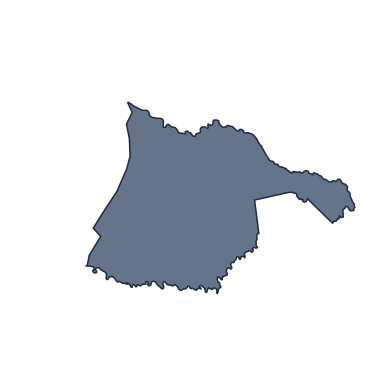 Zu'unburen, Selenge, Mongolia (Robinson projection), rotated 54°
{"feature_id": "93677404B25826466624869", "entity_name": "Zu'unburen", "entity_type": "district", "adm_level": 2, "iso_a3": "MNG", "parent_name": "Mongolia", "parent_adm1": "Selenge", "projection": "robinson", "projection_center": [106.008, 49.971], "detail": "fine", "context": "isolated", "style": "filled", "palette": "slate", "viewbox_px": 384, "rotation_deg": 54, "n_neighbors": 0, "source": "geoboundaries", "source_scale": "gbopen_adm2", "svg_char_len": 6066}
<svg xmlns="http://www.w3.org/2000/svg" viewBox="0 0 384 384"><g transform="rotate(54 192 192)"><path d="M82.0,190.9L82.0,191.5L92.5,193.6L98.5,205.1L112.0,211.3L126.7,221.1L135.3,231.8L147.4,252.4L154.7,272.0L163.2,293.2L174.2,291.9L182.8,312.3L189.6,319.7L189.6,320.9L190.4,320.3L190.9,319.3L193.4,316.8L194.5,315.9L195.1,315.8L196.1,315.9L197.0,316.6L197.3,318.4L197.9,318.9L199.3,318.8L200.3,318.2L201.0,317.3L200.7,316.2L199.8,315.8L198.1,315.7L197.0,315.1L197.1,314.4L198.2,312.3L198.9,311.4L201.2,311.4L203.7,310.4L205.7,309.3L206.9,309.2L208.9,309.9L211.2,312.2L212.2,312.3L213.0,312.1L213.0,310.9L212.1,309.1L212.1,308.7L212.8,307.9L213.0,306.4L213.3,306.2L216.2,305.3L220.1,305.6L221.5,304.6L221.7,303.3L222.9,302.6L224.8,302.0L225.4,301.5L226.3,300.0L227.3,299.3L228.4,298.9L228.4,298.5L227.2,298.0L227.5,297.4L230.7,296.9L233.1,297.2L233.7,296.9L233.8,296.2L232.5,295.0L232.3,294.5L232.4,293.8L233.1,293.3L235.8,293.0L236.0,292.3L235.1,291.1L235.1,290.5L235.5,290.0L236.8,289.6L237.6,289.0L237.5,286.7L238.1,285.8L238.6,284.6L239.4,283.4L237.5,282.3L237.6,281.6L238.5,280.6L239.5,280.5L240.3,280.9L240.3,281.7L240.7,282.1L241.9,282.3L242.7,281.9L243.1,281.0L243.0,279.8L241.6,278.5L241.1,277.5L241.1,276.5L241.5,275.8L242.6,274.7L243.2,274.5L247.2,274.6L249.3,273.9L252.7,273.2L253.1,272.6L253.1,271.5L252.3,270.6L249.2,269.7L248.3,268.4L248.2,267.4L248.6,266.9L249.3,266.6L252.1,266.5L253.0,266.1L254.6,264.3L256.7,262.9L256.9,262.2L256.5,261.1L256.6,260.6L257.3,259.9L260.3,259.4L263.0,259.8L264.4,259.3L265.3,258.5L265.5,256.3L266.7,253.3L266.5,252.3L265.8,251.1L265.9,250.4L266.8,249.8L268.9,250.0L269.5,249.5L270.6,247.8L273.3,247.0L274.1,246.2L274.0,245.5L273.3,244.1L273.4,243.7L273.6,243.4L275.6,241.7L275.3,241.4L272.9,241.7L272.4,241.2L272.6,240.3L273.6,239.1L276.0,238.9L277.0,238.5L277.7,238.5L280.2,239.7L281.2,239.7L281.7,239.2L281.6,238.7L280.0,236.7L279.4,235.4L279.4,235.0L279.8,234.6L281.3,234.0L282.2,233.4L282.7,232.4L282.4,230.9L282.5,230.6L283.4,229.8L284.9,229.3L286.4,229.7L288.0,231.3L288.4,231.4L288.8,231.1L288.7,230.5L286.2,227.4L285.9,226.8L286.0,224.8L285.3,224.1L283.1,224.2L282.4,223.4L281.9,223.0L281.2,223.1L279.9,223.8L279.2,223.7L277.2,222.7L276.3,221.9L276.1,221.3L276.0,220.7L276.5,220.2L280.2,219.9L280.6,219.5L280.6,218.9L278.8,217.9L279.1,217.3L278.5,216.9L279.2,214.6L279.2,213.9L279.7,213.4L279.8,212.4L278.9,211.5L276.7,211.1L276.1,210.7L274.5,208.6L274.7,208.2L274.6,207.1L275.4,206.5L277.3,205.7L277.3,205.3L276.8,204.5L276.2,204.1L273.5,203.4L272.4,202.4L272.3,201.3L273.6,199.8L273.6,199.5L272.9,198.7L272.6,197.1L271.9,195.3L270.8,193.8L270.9,193.0L271.7,192.5L272.8,192.6L274.2,193.1L274.7,192.9L274.8,192.5L273.2,190.0L273.2,189.6L274.1,188.6L276.0,187.9L275.9,187.3L274.8,186.7L273.0,186.3L272.2,184.3L272.2,183.3L273.1,181.8L272.9,180.7L273.0,180.3L274.1,179.4L275.9,179.0L275.9,177.8L275.4,177.1L275.0,176.7L274.3,176.4L273.7,176.5L273.3,176.1L273.0,175.1L273.6,174.3L274.9,173.3L275.3,172.7L275.4,171.7L275.1,171.4L273.4,171.6L272.4,171.3L271.7,170.5L270.6,170.0L269.5,169.0L268.6,167.3L265.5,165.5L264.8,164.4L264.4,163.3L264.8,162.3L235.3,146.1L248.9,114.5L251.2,110.9L251.8,110.8L253.0,110.1L253.6,109.0L254.9,108.5L256.2,109.4L259.8,109.7L261.2,109.3L261.5,109.0L261.4,108.0L262.5,107.6L263.0,106.7L263.8,106.8L263.7,107.4L264.0,107.8L265.7,107.4L266.3,106.8L266.8,105.0L265.9,103.4L265.5,102.4L270.6,101.7L299.7,96.7L299.6,95.9L299.0,94.3L299.9,93.4L300.3,92.7L299.9,91.2L299.2,90.4L300.0,88.9L299.7,88.2L298.6,87.6L298.0,86.9L298.0,86.7L300.4,86.2L300.6,86.0L301.1,84.3L296.0,81.0L295.3,80.4L295.0,79.6L295.0,77.9L294.1,75.9L294.8,75.3L295.7,74.8L298.6,75.2L300.3,74.9L301.0,74.1L302.0,72.0L300.8,71.0L300.3,70.3L300.0,69.2L298.3,68.6L296.8,67.8L294.4,67.9L291.5,67.1L289.4,66.9L287.4,66.0L286.1,65.1L285.2,64.9L284.5,64.9L282.7,65.5L281.4,65.3L279.6,63.4L277.1,63.1L276.6,63.6L275.9,63.4L274.3,64.7L273.0,65.3L269.9,64.8L269.1,64.9L268.5,65.1L268.1,65.6L267.5,66.8L268.0,68.5L267.8,69.5L265.9,70.9L265.7,71.8L265.9,73.3L264.5,75.2L262.4,75.7L259.7,77.0L259.2,77.7L258.3,78.1L257.4,78.3L255.4,78.1L254.8,78.3L253.1,79.7L251.6,79.8L250.6,80.1L250.0,81.3L248.5,81.7L248.1,82.1L248.1,83.0L248.8,84.1L248.7,84.7L247.3,85.1L245.6,86.5L244.3,85.9L243.4,85.9L242.3,86.6L241.9,87.2L241.3,88.7L241.4,91.9L240.5,92.7L239.0,92.9L238.5,93.7L238.2,95.1L237.0,95.7L236.6,96.8L236.0,96.9L235.5,97.3L235.3,97.9L235.6,98.5L235.1,98.6L234.9,99.0L235.2,100.0L234.1,100.8L233.0,101.2L231.8,101.3L230.7,102.1L228.5,102.1L228.0,102.6L224.8,104.3L224.3,105.2L222.8,106.3L221.9,106.6L220.5,106.3L219.5,106.9L218.5,108.3L218.2,108.5L215.2,108.5L214.6,108.6L213.9,109.7L211.4,110.8L209.6,110.3L207.1,110.5L202.8,109.8L201.5,109.8L199.2,109.4L197.8,109.6L196.6,108.8L193.1,109.3L191.3,109.0L190.0,109.1L188.4,108.4L187.2,108.6L186.0,108.5L182.8,108.8L180.3,109.4L178.0,111.3L177.4,111.4L176.4,112.6L175.5,114.5L175.1,114.9L173.9,115.1L173.2,114.4L172.7,114.3L170.4,115.2L169.6,116.4L169.6,117.1L170.0,117.7L169.7,118.9L169.0,119.7L163.8,120.6L162.6,121.1L160.4,123.1L159.5,123.4L159.1,124.0L158.9,125.0L159.5,126.5L157.7,128.9L157.2,129.2L154.0,130.0L153.1,129.5L152.3,129.6L150.2,128.6L149.0,129.0L147.1,131.3L146.8,131.9L146.8,132.8L149.4,135.4L149.6,136.8L149.2,137.4L146.7,138.9L147.3,139.2L147.3,140.2L149.0,140.8L149.6,141.3L149.6,141.9L149.0,142.5L147.4,143.1L146.7,143.5L146.3,143.9L146.0,144.9L145.2,145.7L145.1,146.1L146.0,148.4L148.7,150.0L148.4,151.5L147.5,154.3L147.8,155.3L148.7,156.5L148.8,156.8L147.1,158.4L143.3,158.4L142.9,158.6L142.6,159.2L140.4,159.8L139.7,160.2L139.4,162.1L139.9,162.4L140.4,162.4L140.8,163.3L137.9,166.3L137.1,167.7L131.2,167.6L129.7,167.9L127.2,170.4L126.4,170.7L124.0,171.0L123.3,171.5L123.0,171.9L123.0,172.5L123.1,173.5L124.0,175.3L124.0,175.9L122.9,176.9L121.8,176.7L119.5,174.8L117.0,173.0L115.4,173.3L114.2,174.0L112.2,176.2L111.9,177.1L109.6,178.9L109.1,179.7L108.5,180.2L106.0,181.3L104.6,181.2L103.7,180.6L101.7,180.0L100.0,180.3L99.4,180.6L97.2,183.4L95.7,184.8L91.3,186.9L89.1,188.3L83.7,190.0L82.0,190.9Z" fill="#64748b" stroke="#1e293b" stroke-width="1.5"/></g></svg>